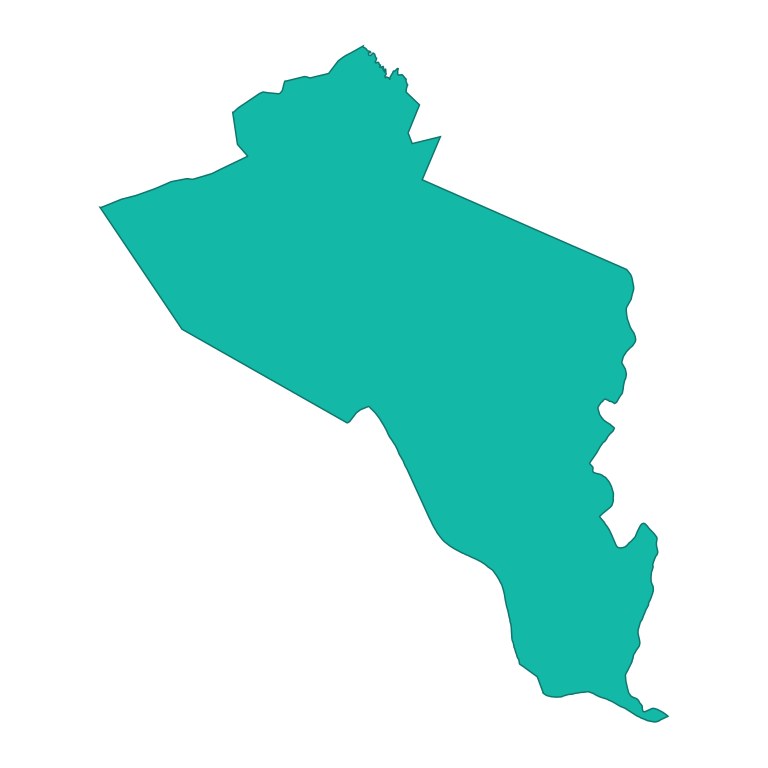 Luampa, Western, Zambia (Equal Earth projection)
{"feature_id": "96606910B75659295397669", "entity_name": "Luampa", "entity_type": "district", "adm_level": 2, "iso_a3": "ZMB", "parent_name": "Zambia", "parent_adm1": "Western", "projection": "equal_earth", "projection_center": [24.874, -15.433], "detail": "fine", "context": "isolated", "style": "filled", "palette": "teal", "viewbox_px": 768, "rotation_deg": 0, "n_neighbors": 0, "source": "geoboundaries", "source_scale": "gbopen_adm2", "svg_char_len": 5973}
<svg xmlns="http://www.w3.org/2000/svg" viewBox="0 0 768 768"><path d="M626.6,314.5L626.2,309.5L626.5,307.5L631.1,299.3L632.2,294.5L633.5,290.0L633.7,288.7L633.6,286.5L632.8,282.5L632.2,278.9L631.5,276.5L630.4,274.2L626.6,269.5L547.0,234.7L422.2,179.8L440.4,136.7L412.2,143.6L408.1,132.9L419.5,104.9L406.1,92.1L406.4,88.6L406.8,87.5L407.2,85.5L407.7,85.0L407.2,84.4L406.6,82.7L406.1,81.7L406.0,80.4L406.1,79.1L405.4,78.5L405.0,78.5L404.9,77.9L403.7,76.4L402.6,75.1L402.0,74.7L401.6,74.6L401.1,74.9L399.5,74.9L398.7,75.1L398.3,75.0L397.7,74.3L397.6,73.9L397.8,73.0L397.6,72.3L397.8,70.1L398.2,69.1L398.2,68.7L397.5,68.5L397.3,68.6L397.3,68.8L396.4,69.4L396.0,70.0L394.9,70.9L394.3,71.1L393.8,71.0L393.4,71.2L393.2,71.5L392.6,73.1L391.8,74.2L391.2,75.4L390.4,76.6L389.9,78.5L389.9,79.0L389.7,79.2L389.5,79.3L389.0,78.3L388.6,77.9L386.6,77.0L386.0,77.2L385.5,77.7L385.4,77.6L385.3,77.1L384.9,76.6L384.8,76.2L385.4,75.3L386.1,74.2L386.2,73.9L385.9,73.2L385.8,72.0L385.8,70.2L385.6,69.2L385.2,69.1L384.8,69.3L384.8,69.8L385.2,70.7L385.0,71.4L384.5,71.9L384.2,71.4L383.7,70.2L382.9,69.0L383.0,68.4L383.3,68.3L383.5,67.9L383.4,67.2L383.1,66.5L382.1,66.7L381.7,66.9L381.3,67.5L380.8,67.3L380.5,67.0L379.8,67.0L379.9,66.5L379.9,65.9L380.0,65.6L380.3,65.6L380.4,65.1L379.7,64.7L379.2,64.1L378.6,62.5L378.0,62.3L376.9,62.4L376.4,62.9L375.3,62.6L375.2,62.0L375.3,61.6L376.2,60.0L376.6,58.2L375.9,57.8L375.7,57.4L375.0,55.5L374.7,54.2L373.5,53.2L373.0,53.1L371.5,54.5L371.0,55.1L370.0,55.5L369.1,55.3L368.7,54.8L368.4,53.4L368.4,53.0L368.5,52.9L368.9,52.7L369.6,52.8L370.5,52.7L370.7,52.3L370.4,51.8L369.8,51.3L368.4,51.1L367.6,50.6L367.1,50.2L365.9,48.6L364.3,47.5L363.1,47.1L362.8,46.6L363.0,46.1L351.3,52.7L345.8,55.5L342.9,57.4L338.2,60.9L328.6,73.5L309.9,78.0L306.1,76.7L304.3,76.6L286.8,80.9L285.0,81.1L284.6,81.6L282.3,90.5L282.1,90.9L280.1,93.2L279.6,93.5L278.8,93.8L271.5,93.1L268.0,92.8L263.2,92.0L261.8,92.5L259.4,93.6L238.5,107.7L233.6,112.1L233.2,112.3L232.7,112.3L237.4,143.9L237.6,144.6L247.5,155.9L247.6,156.3L219.9,169.6L212.0,173.6L192.9,179.3L192.1,179.3L187.5,178.7L186.6,178.7L172.0,181.5L170.7,181.9L155.7,188.4L153.1,189.4L135.6,195.6L121.3,199.3L101.6,207.3L100.8,207.4L100.0,207.3L182.0,329.2L347.0,422.8L347.7,422.8L349.7,421.5L356.4,412.8L360.5,409.7L368.4,406.5L369.5,406.9L371.0,408.7L372.1,409.6L375.3,412.9L379.7,418.7L381.3,421.5L383.4,424.8L386.2,429.8L388.5,434.9L389.7,437.1L392.2,440.6L393.9,443.4L395.3,445.4L397.3,449.4L399.3,454.4L402.0,458.9L403.5,461.6L404.0,463.1L405.1,465.7L407.0,469.1L429.6,518.6L431.0,521.3L432.7,524.9L434.5,528.2L436.4,531.3L437.0,532.6L440.6,537.4L442.5,539.7L444.2,541.5L448.3,544.7L449.6,545.8L454.9,549.1L462.1,552.9L464.1,553.7L466.0,554.7L468.2,555.5L470.0,556.5L475.9,559.1L480.6,561.5L484.9,564.2L488.1,567.0L492.6,570.1L496.3,575.2L498.5,578.6L500.5,582.6L501.9,585.1L503.2,589.4L504.5,594.7L505.3,600.1L505.9,602.8L506.4,605.5L508.0,611.2L509.2,617.2L509.9,619.6L510.1,621.8L510.8,624.1L511.2,626.8L511.9,638.5L512.3,640.6L513.3,643.0L514.1,647.4L514.9,649.3L515.6,652.0L516.5,654.3L517.1,656.6L517.9,658.4L518.8,659.4L519.5,663.8L519.9,664.3L524.2,667.2L524.3,667.2L524.5,667.5L537.3,676.8L542.6,691.1L543.0,692.2L542.9,692.8L544.4,694.1L545.8,695.0L547.3,695.7L551.3,696.7L554.5,697.0L557.1,697.1L561.6,696.8L563.3,696.0L568.0,694.6L569.9,694.3L572.2,694.2L575.4,693.3L579.8,692.7L581.1,692.3L582.4,692.4L584.4,692.2L585.9,691.9L588.3,691.7L593.0,693.3L596.6,695.4L600.1,697.0L606.9,699.1L608.5,700.0L612.6,701.8L620.4,706.4L624.9,708.2L636.9,715.9L639.4,717.0L641.0,718.0L643.5,718.9L647.7,720.7L654.1,721.9L655.5,721.9L656.7,721.7L659.6,720.6L660.8,719.6L662.3,719.0L668.0,716.3L666.6,715.0L662.7,712.2L657.1,709.3L654.1,708.4L652.2,708.4L645.0,711.7L643.7,711.7L642.7,710.8L642.3,708.3L642.2,706.1L641.4,704.8L639.6,702.7L638.9,701.1L637.6,699.4L636.2,698.5L632.8,697.2L630.9,696.0L628.7,692.8L627.6,688.8L625.9,681.4L625.4,675.3L625.9,673.7L627.6,670.7L630.5,664.7L631.7,662.5L632.6,659.0L632.9,658.7L633.4,655.6L634.0,654.1L634.9,652.8L636.1,650.6L639.3,646.0L639.9,642.9L639.5,640.0L638.6,636.2L638.0,632.9L638.1,630.1L640.3,622.3L642.1,619.5L643.6,615.4L644.4,613.7L645.5,611.0L645.9,609.8L648.4,605.3L648.7,603.7L648.5,602.9L650.0,600.4L651.0,597.9L652.6,593.3L653.3,590.8L653.3,588.6L653.0,586.1L652.1,584.4L651.1,581.5L651.0,577.1L651.5,572.0L652.0,570.8L653.0,567.5L653.1,566.8L653.0,565.9L652.6,565.1L653.5,562.0L654.6,559.0L655.7,556.4L657.2,554.4L657.8,552.2L657.4,549.6L656.8,547.4L656.4,544.6L656.4,543.1L657.0,538.7L656.8,537.3L654.7,534.4L653.1,532.6L649.7,529.1L648.5,527.8L647.5,526.3L646.2,525.0L644.9,523.7L643.5,523.3L641.9,523.9L640.5,525.4L639.0,528.2L637.4,531.5L635.1,537.0L631.3,541.1L628.9,543.1L627.2,545.2L624.9,547.0L622.9,547.6L620.0,548.0L618.4,547.6L617.2,546.9L616.1,545.3L611.4,534.3L609.1,529.5L606.9,526.2L605.6,524.6L604.2,522.2L599.9,517.2L599.7,516.2L600.5,515.6L602.3,513.8L610.7,506.9L611.8,505.6L613.0,502.0L613.3,500.4L613.2,497.0L613.4,496.5L613.4,493.2L611.3,486.2L609.1,481.8L605.6,477.5L603.7,476.4L601.9,475.1L600.1,474.3L595.6,473.2L593.5,472.4L592.7,471.0L592.8,469.4L593.1,468.2L592.6,466.8L589.9,463.9L589.7,463.1L590.2,462.2L596.7,452.8L600.5,446.1L603.3,442.3L604.7,441.5L606.5,439.1L607.6,436.9L609.7,434.2L612.9,431.2L614.2,428.8L614.3,428.1L613.3,427.0L612.3,426.3L610.2,424.4L606.8,422.3L603.7,420.1L601.1,416.8L599.5,414.3L599.2,412.8L598.5,410.8L598.4,410.0L597.8,407.6L599.1,405.3L600.8,402.9L601.5,402.0L601.9,401.9L602.4,401.5L603.6,400.0L604.7,399.2L606.2,399.2L607.1,400.0L608.5,400.3L609.2,401.2L611.8,401.7L614.6,403.5L616.1,402.6L616.6,402.2L620.4,395.7L622.4,393.1L622.4,392.6L623.1,389.3L623.5,385.7L624.6,380.5L625.7,378.2L626.4,374.3L625.3,369.0L621.7,362.6L623.3,356.7L624.7,354.3L625.2,353.6L625.4,353.6L625.9,352.5L627.4,350.7L630.1,347.9L632.6,345.8L635.1,342.0L635.7,340.0L635.3,336.9L634.5,334.6L633.8,332.8L632.5,331.0L631.1,328.8L630.1,326.8L627.3,318.7L626.6,314.5Z" fill="#14b8a6" stroke="#0f766e" stroke-width="1.5"/></svg>